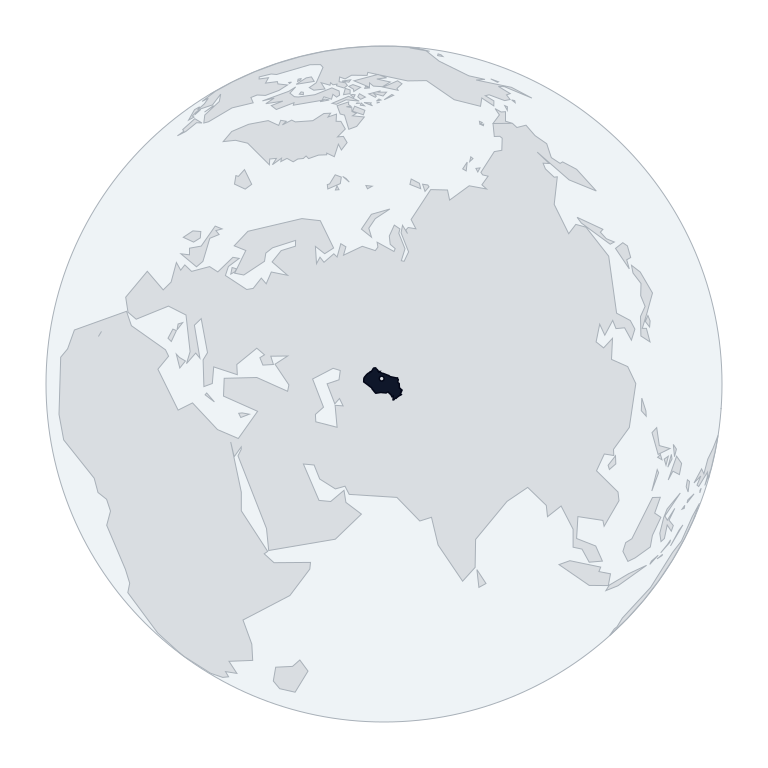 the Earth from above Qyzylorda
{"feature_id": "KAZ-3197", "entity_name": "Qyzylorda", "entity_type": "Region", "adm_level": 1, "iso_a3": "KAZ", "parent_name": "Kazakhstan", "parent_adm1": "", "projection": "orthographic", "projection_center": [63.953, 45.065], "detail": "fine", "context": "on_globe", "style": "filled", "palette": "ink", "viewbox_px": 768, "rotation_deg": 0, "n_neighbors": 0, "source": "natural_earth", "source_scale": "10m", "svg_char_len": 13787}
<svg xmlns="http://www.w3.org/2000/svg" viewBox="0 0 768 768"><circle cx="384" cy="384" r="338" fill="#eef3f6" stroke="#a8b0b8"/><path d="M419.6,48.0L417.8,48.4L410.2,47.4L410.2,48.0L419.8,49.7L426.1,50.8L439.2,61.2L468.8,75.8L485.0,79.4L476.1,80.0L511.4,87.3L531.9,98.1L504.5,86.7L498.4,86.4L510.2,93.6L506.5,94.9L510.1,99.5L504.7,100.6L489.1,94.8L485.3,95.7L493.9,100.9L493.8,105.9L481.8,98.0L480.5,106.3L454.2,99.7L426.5,80.6L407.6,80.9L367.8,72.4L367.1,75.4L351.6,75.2L345.1,78.9L339.6,77.0L339.1,81.7L345.4,82.8L347.4,85.4L344.1,88.0L336.5,85.7L337.0,84.1L333.0,84.8L330.6,82.7L330.0,85.2L321.1,82.7L325.0,89.0L313.8,90.2L309.3,87.6L316.2,82.8L323.0,67.4L320.5,64.6L310.1,64.7L276.6,74.5L271.2,74.0L259.2,76.9L259.1,79.0L268.5,77.7L265.5,83.1L277.4,81.6L277.9,83.9L287.5,85.0L279.0,90.4L265.5,95.4L257.1,95.0L250.9,97.5L253.2,102.8L232.0,107.9L208.5,121.8L203.8,123.0L204.8,115.0L219.3,101.5L220.7,94.1L212.5,104.9L200.9,108.8L196.0,112.3L192.4,116.0L194.0,117.1L188.6,120.1L194.5,109.7L199.6,106.8L197.6,109.9L204.3,103.9L208.3,98.3L202.1,101.4L214.6,91.9L210.3,94.2L210.6,94.0L211.1,93.7L216.6,90.6L211.4,93.5L232.5,81.9L254.4,71.9L277.0,63.5L300.1,56.7L323.6,51.5L347.4,48.1L371.4,46.3L395.5,46.3L419.6,48.0ZM429.6,51.3L420.4,49.7L413.1,48.1L421.1,49.1L429.6,51.3ZM442.9,56.5L437.6,55.6L438.1,53.9L441.0,54.8L442.9,56.5ZM497.5,82.3L490.7,78.9L498.5,81.8L497.5,82.3ZM511.6,99.9L514.7,100.6L515.2,102.7L511.6,99.9ZM291.5,82.1L289.5,83.5L288.7,82.5L291.5,82.1ZM297.6,81.4L298.1,79.2L301.1,78.6L300.7,79.9L297.6,81.4ZM507.4,106.7L507.3,110.3L504.7,105.6L507.4,106.7ZM296.2,84.3L306.2,77.9L311.4,76.9L314.2,81.4L296.2,84.3ZM505.5,111.7L505.5,121.2L512.4,123.3L493.0,123.5L499.4,114.9L495.1,108.6L501.1,112.0L505.5,111.7ZM348.9,82.2L342.0,81.1L350.7,79.8L348.9,82.2ZM354.0,80.8L378.1,74.4L386.6,77.8L376.8,79.0L390.3,82.0L382.5,86.7L373.4,86.1L369.5,82.9L369.5,87.2L354.0,80.8ZM482.2,122.5L479.9,124.2L479.4,121.3L482.2,122.5ZM348.8,86.4L352.9,84.6L360.6,87.3L353.8,91.5L353.5,89.2L348.8,86.4ZM397.6,80.8L402.0,83.8L397.0,88.4L398.1,90.3L383.1,87.1L397.6,80.8ZM350.1,89.9L350.1,93.6L343.5,94.7L345.3,88.4L350.1,89.9ZM365.5,86.4L368.8,88.0L364.7,88.4L365.5,86.4ZM320.1,101.7L324.9,99.0L329.3,100.0L320.1,101.7ZM350.5,94.9L352.8,94.5L355.1,94.8L353.7,97.5L350.5,94.9ZM380.6,90.8L377.6,92.2L386.5,92.2L383.1,96.0L373.7,93.4L376.3,96.1L375.3,97.3L368.8,93.9L380.6,90.8ZM359.2,101.1L346.1,99.8L336.3,104.3L332.1,103.3L348.6,96.3L359.2,101.1ZM365.4,97.1L360.6,99.3L357.8,96.8L359.4,93.7L365.4,97.1ZM384.2,99.7L391.8,94.5L393.6,95.3L384.2,99.7ZM356.9,102.9L360.1,103.2L356.5,103.5L356.9,102.9ZM376.4,101.1L378.9,99.0L380.9,100.0L376.4,101.1ZM364.5,105.8L360.3,105.2L361.2,103.0L364.5,105.8ZM370.4,104.0L372.5,105.8L364.0,102.5L371.2,102.9L370.4,104.0ZM377.9,102.3L379.8,102.2L376.6,103.1L377.9,102.3ZM363.4,114.8L352.5,111.2L354.6,106.2L364.9,110.3L363.4,114.8ZM59.0,414.3L60.7,357.2L67.6,348.9L74.4,330.0L126.5,311.3L131.4,325.7L165.5,349.8L168.6,356.2L157.9,369.2L178.1,410.1L192.5,402.9L217.5,429.6L238.3,438.5L257.6,411.3L223.5,396.1L224.2,378.3L256.8,377.5L287.6,391.3L288.9,384.9L275.0,364.2L287.7,356.0L270.8,356.2L273.4,364.5L262.9,365.1L259.9,357.7L264.5,354.8L256.8,348.2L236.8,364.5L237.3,374.7L213.7,366.9L212.3,383.5L203.9,386.6L203.1,359.9L207.5,352.7L201.2,318.6L194.4,325.2L199.9,358.2L195.7,353.1L186.5,363.6L190.1,351.7L186.0,315.0L168.4,306.1L136.2,319.2L128.0,312.2L125.7,297.2L147.3,271.3L163.2,289.9L171.1,282.1L176.4,262.5L180.7,270.2L184.8,264.9L191.6,271.4L209.6,266.6L217.8,271.9L232.9,257.3L239.2,258.4L228.4,266.5L225.4,275.5L246.7,289.5L253.2,288.4L261.3,278.1L266.2,283.8L271.3,272.0L287.6,275.3L272.1,261.9L281.2,250.6L295.4,246.2L295.6,240.4L272.5,247.8L265.8,253.1L264.5,261.3L243.8,275.0L234.7,273.2L245.8,250.5L234.2,245.8L247.9,231.3L301.9,218.6L320.3,220.7L333.6,248.0L324.7,253.7L315.4,246.4L316.5,263.7L320.0,257.2L324.0,262.3L333.8,253.8L337.1,257.0L340.8,243.7L345.9,246.8L343.5,255.2L362.3,246.3L375.3,250.6L377.9,247.1L377.1,242.2L394.0,251.5L395.2,248.6L390.2,244.3L389.3,236.0L394.3,225.1L399.9,228.9L398.8,233.3L405.0,248.8L401.3,260.7L404.1,261.3L408.6,251.9L401.1,232.9L402.5,225.3L407.5,233.6L405.8,230.0L408.2,227.5L415.9,228.8L411.1,219.5L430.7,189.6L447.5,190.0L449.6,200.1L469.2,185.8L486.6,189.0L481.9,184.8L488.1,176.2L482.7,174.9L480.9,172.4L494.3,151.6L501.8,150.3L502.2,138.2L499.8,136.3L494.3,136.5L493.0,123.5L512.4,123.3L516.9,127.5L526.0,125.2L535.0,135.6L546.7,143.7L551.3,157.6L560.1,163.4L562.6,161.9L576.6,169.3L596.3,191.0L569.1,179.9L537.2,152.1L549.2,163.5L543.1,163.2L545.4,168.9L554.2,177.2L557.3,176.8L554.2,204.4L568.7,233.7L575.8,224.4L586.0,227.2L608.7,256.2L616.6,313.2L630.3,320.5L634.9,329.1L631.4,340.2L624.6,327.8L616.0,328.6L612.7,320.4L604.8,335.2L599.7,324.2L596.1,341.9L603.6,347.9L612.5,338.3L611.5,359.4L627.7,366.6L635.8,383.6L629.3,427.5L613.5,449.3L613.8,455.5L604.3,454.0L596.5,470.8L618.0,492.0L619.0,500.7L604.1,526.3L602.9,520.4L577.9,516.6L576.6,538.5L595.7,546.0L602.4,561.1L589.2,562.2L582.0,549.1L573.1,547.2L573.1,529.2L561.1,506.0L547.5,516.7L546.3,505.4L527.7,487.4L507.0,501.4L475.6,539.4L475.1,567.4L462.6,581.2L438.1,545.0L431.5,517.3L419.8,521.0L396.9,497.4L349.2,494.4L345.0,486.2L335.4,488.9L319.7,479.0L314.1,465.0L303.4,464.0L319.0,500.4L330.7,501.5L344.0,490.3L345.9,502.4L361.4,514.1L335.3,539.2L268.7,550.5L266.5,528.5L238.0,455.8L241.2,449.4L241.3,448.5L241.2,446.9L234.2,456.7L230.7,442.0L241.3,492.1L241.3,510.8L267.7,551.4L264.2,553.8L274.0,562.7L310.5,562.4L309.8,569.1L289.9,595.5L243.0,620.0L251.8,644.1L252.7,660.4L229.0,661.3L236.9,673.4L225.5,671.6L228.6,676.8L222.7,677.4L210.7,673.3L184.2,656.5L178.0,651.4L157.8,633.1L127.8,592.6L129.7,583.2L125.4,569.3L106.7,525.3L110.5,511.1L106.6,499.3L98.0,492.5L94.2,478.2L89.5,472.3L63.7,439.9L59.0,414.3ZM101.5,331.4L98.4,336.5L101.5,331.4ZM315.8,421.8L337.1,427.3L335.1,405.3L343.1,405.9L339.5,398.5L334.8,403.8L327.1,383.8L339.0,379.8L340.3,370.5L333.1,368.3L312.6,379.0L323.5,407.2L315.4,414.4L315.8,421.8ZM200.6,109.4L199.9,110.3L195.5,114.2L196.0,112.7L200.6,109.4ZM185.9,131.4L177.4,135.8L183.8,131.3L182.7,129.6L194.8,118.7L202.0,123.0L196.6,122.7L185.9,131.4ZM213.0,106.3L204.5,112.1L213.5,105.6L213.0,106.3ZM200.8,231.5L200.3,237.9L193.6,242.1L183.3,237.3L192.9,230.9L200.8,231.5ZM201.2,246.1L215.2,226.1L222.1,228.9L215.9,230.6L219.1,234.5L209.8,238.3L202.9,261.4L196.5,266.8L180.9,253.8L189.5,254.8L189.5,248.2L201.2,246.1ZM238.4,176.4L244.5,169.6L251.7,184.3L245.2,189.1L234.5,184.1L235.9,175.6L238.4,176.4ZM299.3,94.2L301.1,91.9L303.3,92.3L303.4,94.6L299.3,94.2ZM322.0,100.3L293.3,105.2L294.0,102.7L276.3,109.5L271.3,105.6L282.9,101.1L265.8,103.7L274.2,98.1L262.4,100.9L288.8,91.3L295.7,86.9L289.9,93.1L294.3,96.7L298.4,97.0L314.9,94.7L331.9,87.9L339.1,91.0L339.6,95.1L336.6,97.1L332.9,94.3L331.5,99.2L323.9,96.8L322.0,100.3ZM341.4,150.0L338.4,144.2L334.3,156.7L326.7,153.1L326.7,154.8L318.5,155.1L308.6,158.6L306.1,156.0L303.3,158.5L297.8,159.0L293.2,161.8L287.0,158.4L280.8,161.6L281.5,158.2L272.4,164.7L276.4,158.4L269.7,159.0L269.4,164.8L247.7,143.2L235.5,140.3L223.2,141.6L231.7,131.5L248.6,124.3L268.2,120.6L278.7,125.4L280.7,120.3L286.3,121.3L282.4,124.9L291.7,120.1L295.3,121.9L312.8,120.7L323.9,113.5L330.6,113.2L328.0,117.0L336.5,114.1L336.1,121.3L340.9,121.4L345.3,129.0L337.5,136.9L343.4,136.4L347.1,142.6L341.4,150.0ZM364.3,117.0L356.7,126.4L348.8,129.3L344.5,115.1L340.2,114.0L337.1,105.7L348.7,101.9L348.5,104.5L351.0,106.3L346.4,106.7L351.9,107.7L351.9,111.5L356.2,113.4L352.5,115.8L364.3,117.0ZM176.3,354.1L179.5,357.5L185.4,361.0L179.8,368.0L176.3,354.1ZM172.9,329.1L176.4,330.6L171.3,341.5L168.0,338.2L172.9,329.1ZM182.7,322.6L177.0,329.9L178.1,324.0L182.7,322.6ZM232.1,267.5L236.4,268.8L235.1,271.6L230.8,274.1L232.1,267.5ZM327.8,189.0L327.3,184.6L329.6,183.9L335.2,174.8L341.3,177.1L340.3,183.6L327.8,189.0ZM249.3,414.2L240.8,417.5L238.7,413.3L242.1,412.9L249.3,414.2ZM206.7,393.0L214.4,401.9L205.1,394.8L206.7,393.0ZM335.4,190.0L337.0,185.9L339.0,189.7L335.4,190.0ZM346.1,178.5L349.3,182.1L342.7,176.4L346.1,178.5ZM308.0,671.1L295.1,692.2L279.7,688.7L273.3,681.0L275.7,667.2L292.5,666.4L299.8,660.0L308.0,671.1ZM657.0,558.9L662.6,554.3L662.1,555.5L657.0,558.9ZM651.4,561.1L658.2,555.2L649.8,564.4L651.4,561.1ZM660.7,552.8L667.6,544.3L670.6,539.8L669.8,542.4L660.7,552.8ZM646.6,565.3L617.9,585.8L605.9,590.6L609.3,585.1L628.8,573.6L646.6,565.3ZM608.3,585.6L589.2,585.4L559.0,564.6L569.9,560.7L600.7,567.1L598.9,571.6L610.5,573.8L608.3,585.6ZM652.4,535.4L650.3,547.0L635.1,557.9L627.9,561.4L622.9,551.4L625.7,542.6L631.9,538.7L652.5,497.5L660.3,497.3L654.7,513.1L660.9,517.3L652.4,535.4ZM476.9,569.6L486.0,583.5L478.9,587.4L476.9,569.6ZM658.6,472.7L651.8,491.0L657.2,469.6L658.6,472.7ZM660.4,454.5L662.0,459.8L657.6,457.3L660.4,454.5ZM615.8,463.9L609.4,469.5L608.1,465.3L615.5,455.8L615.8,463.9ZM641.8,398.1L645.9,410.9L646.2,416.2L641.3,410.7L641.8,398.1ZM389.9,209.0L375.3,218.6L368.8,228.2L371.5,237.2L361.4,229.1L371.4,214.3L389.9,209.0ZM425.0,191.4L422.6,184.2L427.8,185.0L429.0,186.8L425.0,191.4ZM420.7,188.7L409.9,184.4L411.2,179.0L419.4,183.3L420.7,188.7ZM372.2,186.2L367.5,188.8L365.9,185.5L372.2,186.2ZM609.4,635.8L614.3,628.9L617.0,626.8L622.4,618.0L650.6,587.4L672.5,552.5L681.5,540.9L692.3,516.5L699.5,503.3L693.6,518.9L695.1,516.0L684.6,538.4L672.5,560.0L658.8,580.6L643.7,600.2L627.2,618.6L609.4,635.8ZM708.4,478.7L709.5,474.8L709.3,475.6L708.4,478.7ZM670.5,545.9L679.1,530.1L682.9,524.9L670.5,545.9ZM714.8,452.9L714.6,453.6L711.0,469.0L704.8,485.5L707.3,477.0L707.4,472.2L698.7,486.5L697.0,485.1L700.8,476.0L694.0,483.0L701.6,468.9L703.9,473.8L707.8,459.1L713.0,448.4L716.7,438.9L718.0,435.4L717.1,440.8L714.8,452.9ZM700.0,490.3L701.2,488.2L699.8,492.9L700.0,490.3ZM721.0,409.1L721.1,408.0L721.0,409.1ZM684.8,505.3L684.2,508.4L682.0,509.2L684.8,505.3ZM687.8,499.9L694.1,493.8L687.0,503.0L687.8,499.9ZM664.9,516.0L667.3,520.2L674.8,508.4L669.0,520.2L673.3,525.5L671.3,531.2L667.2,525.0L664.4,538.5L661.0,541.6L659.8,533.3L663.7,517.6L667.1,509.0L680.3,493.0L664.9,516.0ZM688.1,492.0L686.2,486.7L687.4,479.8L689.5,481.4L688.1,492.0ZM679.4,474.6L672.9,471.2L668.2,480.0L676.6,456.2L681.6,463.4L679.4,474.6ZM672.0,459.0L667.8,467.2L671.4,454.4L672.0,459.0ZM666.0,465.2L664.2,459.1L668.3,456.2L666.0,465.2ZM674.5,456.7L673.3,444.4L676.4,449.1L674.5,456.7ZM659.3,445.6L670.0,448.5L658.1,454.4L652.0,432.6L656.7,427.6L659.3,445.6ZM649.6,327.0L645.3,321.4L647.9,315.5L650.1,320.9L649.6,327.0ZM652.5,293.0L647.2,312.2L642.3,328.4L646.4,328.4L650.0,341.9L640.9,336.0L640.5,316.5L645.1,306.4L640.7,295.7L641.0,283.5L633.0,273.0L631.5,265.3L640.2,272.0L652.5,293.0ZM629.3,268.9L615.5,248.4L622.8,242.7L627.4,245.9L630.7,257.5L626.7,259.8L629.3,268.9ZM614.3,242.0L610.2,244.2L581.3,223.0L577.1,217.3L602.9,229.3L600.4,232.2L606.3,238.7L614.3,242.0ZM483.4,125.7L480.3,124.3L483.7,124.1L483.4,125.7ZM477.8,172.0L475.9,168.4L480.0,167.9L477.8,172.0ZM473.0,158.6L469.7,161.6L470.8,156.8L473.0,158.6ZM462.7,168.9L467.2,162.1L466.2,170.9L462.7,168.9Z" fill="#d9dde1" stroke="#a8b0b8" stroke-width="1"/><path d="M375.8,393.2L375.7,393.2L375.3,392.8L375.0,392.5L374.8,392.2L374.6,391.9L374.3,391.7L374.1,391.4L373.9,391.1L373.6,390.8L373.4,390.5L373.1,390.1L372.9,389.9L372.7,389.6L372.2,389.1L372.0,388.7L371.9,388.5L371.9,388.2L371.8,387.9L371.7,387.8L371.5,387.6L371.1,387.4L370.6,387.0L370.0,386.6L369.3,386.1L368.6,385.5L367.8,384.9L367.0,384.3L366.2,383.7L365.4,383.1L364.7,382.6L364.0,382.1L363.7,381.9L363.8,378.9L364.2,377.5L366.6,374.6L367.7,373.6L368.8,372.9L369.7,372.7L369.9,372.0L370.3,371.6L371.2,371.7L372.3,370.2L372.7,369.3L373.6,368.1L374.6,367.9L375.7,367.9L376.4,369.1L376.9,369.3L377.5,369.9L378.1,370.8L378.0,371.1L378.4,371.2L378.7,371.3L379.2,371.5L379.5,371.5L378.8,372.0L378.8,372.3L380.0,372.1L381.0,372.8L381.6,372.9L382.6,373.4L383.1,373.4L383.3,373.4L383.5,373.5L388.3,375.4L388.7,375.4L389.7,376.3L390.5,376.7L396.4,377.9L397.1,377.9L397.5,377.9L397.6,378.5L397.7,379.0L398.2,379.4L398.3,380.0L398.0,380.5L397.8,381.9L397.9,382.6L398.3,382.9L398.8,383.2L399.2,383.6L399.4,388.1L399.8,388.4L400.0,388.3L400.3,388.4L400.5,388.6L400.6,388.8L401.0,389.3L402.0,390.0L402.0,390.3L401.7,390.4L401.4,390.7L401.5,390.9L401.6,391.3L401.4,391.8L401.0,391.6L401.0,392.2L400.7,392.8L400.6,393.3L400.3,393.7L400.4,394.2L400.5,393.7L400.6,393.9L400.8,393.9L400.8,394.3L401.1,394.5L401.3,394.6L401.1,394.8L399.0,395.9L397.0,397.4L396.1,398.3L395.7,398.1L395.0,398.5L393.7,399.9L393.4,399.8L393.0,399.8L393.0,399.6L393.1,399.4L393.1,399.2L393.2,397.6L393.3,396.1L392.7,396.5L392.0,396.8L391.7,396.2L391.3,395.6L391.1,395.1L390.7,394.4L390.5,394.2L390.1,393.9L389.6,393.7L389.4,393.4L389.2,393.2L388.7,392.6L388.3,392.0L388.2,392.0L388.1,391.9L387.9,391.9L387.8,392.0L387.4,392.2L387.0,392.4L386.6,392.7L386.2,392.9L385.8,392.9L385.2,392.9L384.6,392.8L384.0,392.8L383.4,392.7L382.8,392.7L382.1,392.6L381.5,392.5L380.8,392.5L380.4,392.5L380.0,392.6L379.6,392.6L379.3,392.7L378.9,392.8L378.5,392.8L378.1,392.9L377.7,392.9L377.5,393.0L377.2,393.0L376.7,393.1L376.4,393.1L376.1,393.2L375.8,393.2L375.8,393.2ZM381.7,381.0L381.9,381.0L382.1,381.0L382.4,380.9L382.6,380.9L382.8,380.7L383.0,380.6L383.4,380.3L383.5,380.2L383.8,379.8L383.9,379.6L384.0,379.3L384.0,379.1L384.0,378.9L384.1,378.6L384.0,378.4L384.0,378.1L384.0,377.9L383.9,377.7L383.7,377.3L383.5,377.1L383.4,376.9L383.2,376.7L382.8,376.5L382.6,376.4L382.4,376.3L382.2,376.2L381.9,376.2L381.7,376.2L381.4,376.2L381.2,376.2L381.0,376.3L380.8,376.4L380.6,376.5L380.4,376.6L380.2,376.7L380.0,376.9L379.8,377.0L379.7,377.2L379.6,377.4L379.5,377.6L379.4,377.9L379.3,378.1L379.3,378.3L379.3,378.6L379.3,378.8L379.3,379.1L379.4,379.3L379.5,379.5L379.7,379.9L379.8,380.1L380.0,380.3L380.1,380.5L380.3,380.6L380.5,380.7L380.7,380.8L380.9,380.9L381.2,381.0L381.4,381.0L381.7,381.0Z" fill="#0f172a" stroke="#020617" stroke-width="1.5"/></svg>